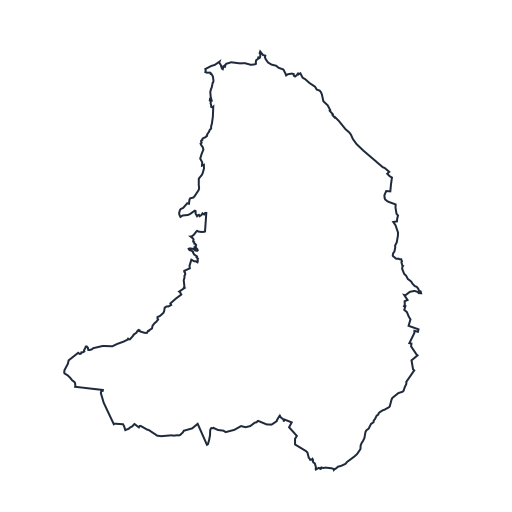 outline of Mugeni, Harghita, Romania, rotated 8°
{"feature_id": "2599482B85460636832431", "entity_name": "Mugeni", "entity_type": "district", "adm_level": 2, "iso_a3": "ROU", "parent_name": "Romania", "parent_adm1": "Harghita", "projection": "orthographic", "projection_center": [25.181, 46.268], "detail": "fine", "context": "isolated", "style": "outline", "palette": "slate", "viewbox_px": 512, "rotation_deg": 8, "n_neighbors": 0, "source": "geoboundaries", "source_scale": "gbopen_adm2", "svg_char_len": 6070}
<svg xmlns="http://www.w3.org/2000/svg" viewBox="0 0 512 512"><g transform="rotate(8 256 256)"><path d="M362.9,457.0L363.3,456.3L364.4,455.6L366.7,453.1L369.3,452.1L373.5,449.4L374.8,447.3L381.3,440.9L383.7,438.0L386.3,432.6L386.0,429.0L386.7,426.3L387.5,424.8L388.7,421.2L388.9,415.1L389.6,413.2L391.6,411.3L393.3,406.2L395.5,404.3L395.5,402.6L396.5,400.9L397.7,397.3L399.1,396.1L399.4,394.6L400.2,393.5L402.8,391.3L404.7,390.3L408.9,387.1L409.4,386.2L410.2,379.4L410.8,377.5L416.1,371.9L419.9,370.1L420.9,368.9L421.6,365.0L422.6,362.0L422.6,360.6L422.3,359.8L428.6,347.3L427.3,346.3L424.5,337.7L429.8,331.9L428.6,331.1L422.2,324.0L422.1,321.1L420.0,321.0L423.5,310.3L423.3,308.1L426.9,308.5L427.1,306.0L416.8,303.9L417.8,297.3L415.6,294.6L413.3,290.6L410.3,288.7L411.1,283.9L410.3,285.2L409.6,285.1L410.1,283.5L409.5,280.1L412.2,278.5L408.2,274.0L409.4,274.1L413.3,270.1L417.8,268.5L421.2,269.1L422.3,270.1L424.7,269.9L424.1,268.3L422.2,267.5L421.1,265.7L419.5,264.2L417.4,263.7L415.0,261.8L413.1,259.6L409.5,257.6L407.4,254.6L405.3,253.2L402.5,248.4L402.5,246.1L402.9,245.4L402.3,245.2L400.9,242.0L400.9,241.5L401.3,241.0L400.2,239.0L398.5,239.3L397.7,238.8L395.2,239.2L391.5,236.9L391.3,236.1L391.5,234.0L392.3,232.7L392.5,231.7L392.7,228.1L392.3,226.3L393.5,222.8L393.7,216.4L393.4,213.1L390.0,206.3L387.2,203.2L390.8,202.1L390.6,199.5L391.0,196.1L389.3,194.7L388.9,193.5L387.4,188.7L387.1,185.5L379.2,183.8L377.8,183.1L376.0,182.0L375.3,180.8L375.4,180.4L374.8,179.0L374.8,177.5L375.9,173.6L380.0,173.3L379.7,166.3L379.7,159.4L377.3,158.4L374.5,156.3L376.2,154.1L371.1,150.9L369.1,150.4L347.8,136.8L339.9,131.1L335.6,126.6L333.1,122.6L331.2,120.7L326.9,117.9L319.1,110.6L314.9,107.5L314.6,107.9L312.1,105.8L311.9,105.0L312.2,104.8L309.1,102.3L308.7,101.8L309.2,101.2L306.0,96.8L301.2,93.4L298.7,86.7L297.3,84.5L296.1,83.4L292.9,82.7L291.0,80.2L284.8,77.2L280.2,74.1L277.4,73.0L274.5,68.9L272.8,70.2L272.2,69.5L271.1,71.4L269.7,72.8L268.3,72.1L268.0,70.6L266.0,70.4L262.2,71.6L260.7,73.0L259.6,70.9L257.1,67.5L252.0,66.4L249.5,64.8L244.7,64.3L241.0,62.7L238.3,59.9L237.2,58.0L237.3,56.3L235.0,56.0L231.7,52.9L231.4,54.6L232.0,54.9L232.4,57.1L232.2,59.1L231.7,59.6L230.7,59.1L230.4,60.7L228.9,62.1L228.8,63.9L229.2,65.7L228.1,66.4L224.4,67.4L218.2,66.6L213.1,67.5L204.5,67.6L199.8,69.8L198.6,71.5L199.1,71.9L198.9,73.0L197.3,72.7L197.1,75.6L196.2,75.2L194.4,71.5L192.6,69.6L192.8,68.6L188.6,72.5L185.3,74.0L179.8,77.9L180.4,79.1L180.2,80.9L181.5,81.3L185.1,80.8L186.1,81.6L186.0,82.1L186.7,82.2L187.6,83.2L188.5,84.7L189.5,88.4L189.4,90.0L189.0,90.4L188.7,95.3L188.2,96.9L187.9,100.0L189.1,105.1L190.2,107.6L188.6,107.0L188.6,108.5L189.8,109.1L189.8,111.2L190.4,112.3L190.9,114.6L192.1,114.9L192.9,114.0L193.9,124.3L193.9,131.3L193.5,133.5L193.8,136.1L192.6,137.6L192.2,139.5L190.7,142.4L190.8,143.9L190.1,144.3L189.7,145.2L187.0,146.9L186.5,148.0L186.7,148.7L185.7,149.4L185.6,150.0L186.4,151.4L185.5,152.5L186.7,154.3L187.9,155.3L189.1,157.9L187.9,162.8L187.2,167.3L189.7,170.7L189.9,174.0L191.7,172.9L192.3,176.6L191.7,181.2L191.1,183.2L188.6,187.3L189.4,193.5L190.2,196.6L190.1,198.5L186.9,205.3L185.9,206.8L182.9,208.0L182.3,209.1L182.3,213.6L180.6,213.3L177.2,218.5L174.9,220.0L174.3,221.2L173.9,224.0L174.2,225.4L175.7,227.8L177.7,226.1L182.7,224.9L184.6,223.8L189.1,219.6L189.9,219.9L190.3,222.4L192.1,224.8L192.9,223.6L193.8,223.2L194.6,224.4L196.3,223.0L197.1,221.2L198.8,222.1L199.7,220.4L200.8,220.3L202.1,238.8L200.9,239.4L198.3,239.8L195.5,239.8L194.2,239.3L193.6,239.9L191.5,243.6L189.7,245.5L188.5,245.8L191.3,247.5L191.9,248.5L191.7,250.1L191.9,250.6L192.9,250.9L193.2,252.4L194.3,252.6L195.2,253.5L194.8,254.3L195.1,255.1L193.9,255.7L193.9,256.4L194.9,257.0L196.2,256.8L197.1,257.6L197.5,258.5L197.1,259.0L195.8,259.1L193.0,257.8L190.6,257.6L188.9,257.8L188.3,258.3L189.3,259.4L191.6,259.8L193.2,260.6L193.1,261.2L194.5,263.1L197.6,264.6L197.3,265.6L198.9,266.7L198.6,267.4L199.1,269.2L198.9,270.4L196.9,269.6L195.5,269.8L192.5,268.7L191.5,275.1L192.2,277.4L187.0,280.7L187.2,281.7L187.8,281.9L188.5,283.7L187.9,285.7L188.2,287.4L187.8,290.1L189.3,295.9L189.0,297.3L189.7,297.6L184.9,301.9L185.7,302.3L187.4,304.6L182.8,309.1L177.8,314.9L178.8,316.3L178.6,316.5L176.2,318.2L174.7,318.3L172.8,319.8L172.7,323.4L172.3,325.1L169.2,328.8L167.0,330.1L167.1,331.6L167.9,332.5L166.5,334.9L164.8,336.8L163.3,339.4L163.1,342.2L160.4,344.6L160.3,345.1L159.5,345.2L158.7,347.3L156.2,347.6L150.6,346.6L150.9,345.8L150.2,345.5L149.2,346.4L148.2,348.7L145.7,350.9L145.7,351.6L142.8,356.0L141.3,356.3L140.8,355.8L140.3,356.8L137.0,359.1L130.8,362.4L126.3,365.4L116.8,366.4L107.7,369.9L106.4,371.3L104.3,372.3L102.9,372.3L102.4,370.4L100.9,369.1L100.0,369.4L99.9,370.4L98.8,373.3L99.3,374.4L97.9,375.5L96.5,375.7L96.3,376.9L95.8,377.3L94.9,377.5L93.4,376.6L85.0,385.4L84.7,388.9L82.2,395.8L82.3,398.1L82.7,398.9L86.3,400.5L89.1,402.6L91.0,404.5L93.8,406.1L94.5,407.0L95.2,409.8L95.1,410.7L123.0,410.0L123.0,410.9L121.6,411.6L121.4,413.3L125.6,422.5L138.6,442.4L139.5,441.7L147.7,441.1L149.1,443.0L150.8,446.6L154.1,444.7L155.3,443.2L157.0,442.1L159.0,439.3L163.9,442.0L164.6,440.5L165.4,440.3L172.4,443.1L173.9,443.2L183.3,447.7L187.4,447.6L196.9,445.4L199.8,445.3L202.7,444.5L204.5,444.4L205.7,443.9L208.1,440.9L208.8,439.1L216.8,435.6L221.6,430.3L233.7,449.8L234.6,449.0L235.2,444.5L235.4,439.8L234.9,435.0L235.1,433.7L235.7,432.6L237.5,432.6L237.8,432.1L242.5,433.6L248.0,433.5L250.5,434.6L258.7,431.2L264.9,426.5L269.4,427.0L274.0,425.2L278.0,421.2L279.7,420.6L280.6,419.2L281.1,419.0L290.0,421.3L294.9,420.8L299.5,416.7L299.6,415.6L301.4,411.4L302.4,412.0L302.4,411.6L302.9,412.3L306.0,414.1L306.7,416.2L306.6,415.2L307.0,414.0L314.5,415.8L312.6,421.0L321.5,428.5L320.1,431.6L320.9,437.2L332.8,442.3L334.3,443.5L336.3,448.4L337.5,449.4L338.0,450.3L339.4,450.0L340.1,449.0L340.9,450.1L340.9,451.6L341.5,452.4L343.1,453.2L344.7,456.7L344.7,458.5L345.0,459.1L347.6,457.1L348.6,457.2L349.3,457.9L350.0,457.6L350.3,457.0L349.9,456.5L350.1,456.3L352.1,456.6L354.2,455.9L360.1,455.7L362.4,456.0L362.9,457.0Z" fill="none" stroke="#1e293b" stroke-width="2"/></g></svg>